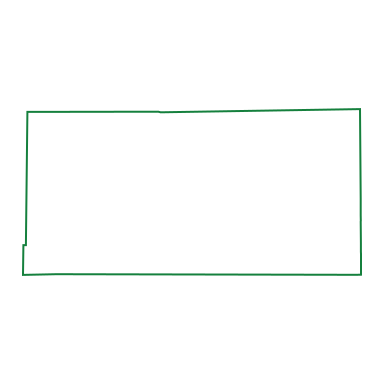 Cheyenne, Colorado, United States of America (orthographic projection)
{"feature_id": "52423323B81847933029004", "entity_name": "Cheyenne", "entity_type": "district", "adm_level": 2, "iso_a3": "USA", "parent_name": "United States of America", "parent_adm1": "Colorado", "projection": "orthographic", "projection_center": [-102.366, 38.83], "detail": "fine", "context": "isolated", "style": "outline", "palette": "green", "viewbox_px": 384, "rotation_deg": 0, "n_neighbors": 0, "source": "geoboundaries", "source_scale": "gbopen_adm2", "svg_char_len": 409}
<svg xmlns="http://www.w3.org/2000/svg" viewBox="0 0 384 384"><path d="M27.4,111.9L25.9,245.1L23.4,245.1L23.0,274.9L56.2,274.2L353.9,274.8L356.6,274.8L361.0,274.7L361.0,253.9L360.9,251.8L360.9,251.7L360.9,247.3L360.9,246.6L360.9,243.1L360.7,221.4L360.8,220.9L360.7,215.3L360.7,210.2L360.7,204.1L360.7,198.7L360.0,109.1L160.7,112.3L158.2,111.7L27.4,111.9Z" fill="none" stroke="#15803d" stroke-width="2"/></svg>